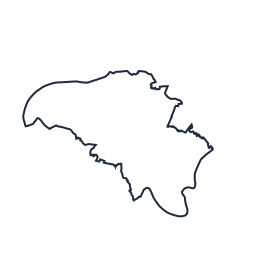 Kien Xuong, Thái Bình, Vietnam, rotated 125°
{"feature_id": "81297802B82663613485319", "entity_name": "Kien Xuong", "entity_type": "district", "adm_level": 2, "iso_a3": "VNM", "parent_name": "Vietnam", "parent_adm1": "Thái Bình", "projection": "mercator", "projection_center": [106.429, 20.397], "detail": "fine", "context": "isolated", "style": "outline", "palette": "slate", "viewbox_px": 256, "rotation_deg": 125, "n_neighbors": 0, "source": "geoboundaries", "source_scale": "gbopen_adm2", "svg_char_len": 5723}
<svg xmlns="http://www.w3.org/2000/svg" viewBox="0 0 256 256"><g transform="rotate(125 128 128)"><path d="M97.3,46.3L97.0,47.1L96.2,46.9L95.8,48.0L95.3,49.8L95.9,50.0L97.8,50.0L97.8,50.6L95.1,53.7L94.6,53.6L92.6,60.3L92.8,60.4L93.7,60.7L93.8,60.8L93.7,61.0L93.2,61.4L93.1,61.5L94.1,61.9L93.7,63.4L93.7,63.6L94.1,64.0L94.1,64.5L93.9,64.9L93.8,65.2L93.6,65.3L93.0,65.3L92.9,66.9L93.7,66.9L94.5,66.6L95.1,67.2L95.0,67.4L94.7,67.7L93.4,68.8L93.2,69.1L93.2,69.4L93.3,69.6L94.5,70.1L94.8,70.5L94.7,70.8L94.0,71.4L93.6,71.8L93.5,72.2L93.5,72.6L93.7,73.0L94.2,73.3L94.8,73.7L95.3,74.4L95.4,74.6L95.4,75.6L95.1,76.0L94.8,76.4L94.2,76.7L93.7,76.9L93.3,76.9L93.0,76.8L91.5,75.9L91.1,75.8L90.6,75.8L89.8,76.7L89.0,77.4L88.7,77.9L91.9,78.2L94.5,78.3L98.8,78.3L99.7,83.2L100.7,83.3L101.2,83.9L101.8,84.8L101.9,85.2L101.8,85.8L101.0,85.7L101.1,86.8L101.1,87.2L100.9,88.3L100.6,89.2L100.8,89.4L100.9,89.7L100.8,92.0L101.2,91.8L101.4,92.4L101.7,92.4L101.8,92.5L102.5,94.4L103.0,95.6L104.0,95.7L104.2,96.1L104.3,96.4L103.5,96.7L93.6,98.6L93.7,98.9L93.2,99.0L92.3,99.3L86.1,100.7L84.9,101.2L84.5,101.4L83.4,101.5L82.5,101.6L81.3,99.4L79.2,100.4L77.3,97.8L76.4,98.3L76.3,98.9L75.8,99.8L75.6,100.3L75.7,101.7L76.3,103.4L76.6,105.2L76.8,105.9L77.2,106.5L78.9,108.6L79.2,109.2L79.7,110.3L79.8,110.9L79.8,112.1L79.7,113.3L79.4,114.9L78.8,116.8L78.5,117.3L77.8,118.0L76.2,118.2L75.6,118.4L72.6,119.0L71.9,119.3L71.0,119.5L71.4,120.1L73.9,123.3L75.9,125.5L78.1,124.5L80.2,127.4L79.5,128.8L81.1,129.5L80.9,130.4L81.8,130.9L81.9,131.6L81.6,131.7L81.7,132.2L81.6,132.4L81.4,132.5L79.8,132.9L79.7,134.1L77.9,134.3L74.5,131.7L74.0,132.7L73.3,134.0L73.2,135.1L72.6,135.9L71.0,139.1L70.7,139.8L71.1,140.3L71.4,140.6L71.8,142.3L71.9,142.8L72.0,144.3L71.9,145.0L71.9,145.4L72.2,146.4L72.9,147.9L74.2,150.2L74.9,151.4L75.4,152.0L75.7,152.0L76.9,151.3L77.4,151.9L77.9,151.7L79.4,152.2L79.6,152.3L79.8,152.5L80.2,153.9L80.5,154.5L80.8,154.7L81.4,154.9L82.0,154.9L82.4,156.8L82.3,158.5L81.8,160.6L81.9,161.2L82.0,161.7L82.2,162.0L83.3,163.3L84.2,164.3L86.1,166.4L88.6,169.7L89.0,170.0L89.7,170.6L90.0,170.7L91.2,170.9L91.6,171.2L91.8,171.7L92.0,173.8L92.6,175.0L94.1,175.0L96.6,175.3L99.0,176.1L99.8,176.6L102.4,178.4L103.9,179.6L106.7,181.5L108.6,183.1L109.5,183.7L111.7,185.4L112.6,185.9L113.7,186.9L114.5,187.8L115.9,190.0L117.6,193.1L119.2,196.6L121.3,199.4L125.6,204.8L128.3,208.1L130.1,210.6L132.4,213.4L135.6,216.2L140.0,219.4L141.2,220.1L143.4,221.3L144.9,221.9L148.6,223.2L150.9,224.1L153.3,224.6L157.4,225.2L159.6,225.4L163.2,225.4L166.1,224.9L167.6,224.5L170.3,223.8L172.3,223.2L177.4,221.1L178.3,220.6L179.0,220.1L180.2,219.1L182.3,216.6L185.3,212.8L184.3,211.8L181.4,209.7L179.1,208.2L178.0,208.0L176.9,208.3L176.5,208.3L175.7,208.0L174.5,207.8L172.5,208.0L171.9,207.8L171.6,207.4L171.5,207.1L171.4,206.3L171.4,205.5L171.5,204.4L171.9,202.9L172.8,200.5L173.5,197.6L173.6,196.9L173.7,194.9L173.7,191.6L173.1,191.6L167.2,188.4L166.7,186.0L166.3,185.2L165.1,182.7L165.1,182.4L164.5,180.9L163.7,178.3L162.6,175.5L162.4,174.5L162.5,173.2L162.8,172.2L163.5,170.3L163.7,169.7L163.6,169.2L163.4,168.2L163.5,167.3L163.6,167.1L163.9,166.7L165.5,165.1L166.5,164.2L166.2,163.8L166.0,163.7L165.0,163.4L164.5,163.4L164.4,161.9L164.5,161.6L164.1,161.4L164.2,161.1L164.6,159.9L165.5,159.8L165.3,159.1L165.4,158.3L165.7,157.3L165.9,156.9L166.1,156.6L166.3,155.7L166.5,154.8L166.5,154.2L166.4,153.5L166.0,152.9L165.8,152.7L163.9,151.2L163.1,150.0L162.4,148.5L161.2,146.5L160.4,144.7L162.1,145.0L162.7,144.9L163.3,144.7L163.8,144.7L164.4,144.8L165.8,145.6L166.1,145.7L167.0,145.7L167.7,145.6L168.5,145.4L170.8,144.0L171.8,143.1L169.9,141.4L171.0,140.1L170.3,139.6L169.7,140.3L168.9,139.7L168.2,139.0L168.5,137.2L168.7,136.8L168.9,136.5L169.5,136.2L169.8,136.0L172.5,135.5L172.9,135.5L173.2,135.5L173.0,134.7L171.9,132.2L169.7,132.8L168.9,129.9L168.5,128.4L170.3,127.7L168.8,124.6L168.4,123.3L167.5,122.1L167.4,121.0L166.9,120.5L166.4,119.2L166.3,118.8L166.4,118.4L166.7,117.7L165.9,117.0L166.6,116.4L166.9,116.0L166.6,116.1L165.6,116.0L163.0,115.2L162.9,114.7L161.9,114.1L161.7,113.9L161.3,113.2L161.3,112.8L161.6,112.5L162.7,112.0L163.0,111.8L163.9,110.8L164.4,110.4L165.7,109.7L166.7,109.3L167.0,109.1L167.8,108.2L168.7,106.6L169.1,106.1L170.7,104.5L171.4,103.3L171.5,102.8L171.2,102.3L170.5,101.3L170.3,100.8L170.3,100.1L170.4,99.8L170.6,99.6L170.9,99.4L171.3,99.2L171.5,99.0L171.6,98.4L171.5,98.0L171.3,97.8L171.4,97.7L171.7,97.6L172.1,97.8L172.3,97.7L172.6,95.9L173.1,94.1L173.3,94.1L173.6,93.8L174.1,93.4L174.6,93.0L175.4,92.1L176.9,90.1L178.2,91.0L178.8,90.6L179.0,90.2L179.0,89.2L179.0,88.7L180.8,86.6L181.0,86.1L181.0,85.2L181.4,84.7L182.3,83.8L182.8,83.4L183.3,83.1L184.1,81.8L182.2,81.0L180.0,79.9L179.3,79.7L178.3,79.6L177.8,78.9L177.3,79.0L176.5,78.2L175.3,78.6L174.6,78.8L172.7,79.0L170.3,79.5L169.7,79.6L168.7,79.4L167.6,79.0L166.7,78.6L166.0,77.9L165.6,76.9L165.6,76.5L165.6,75.7L165.7,75.0L166.1,74.2L167.8,71.2L169.9,68.0L172.0,63.5L173.2,59.9L173.5,58.8L173.8,58.0L174.2,55.9L174.5,53.3L174.7,50.8L174.7,47.5L174.5,46.3L174.0,43.9L172.6,39.3L171.5,36.6L170.8,35.1L170.0,34.0L169.1,32.9L167.8,31.7L166.6,30.9L165.7,30.7L165.3,30.6L164.6,30.6L163.3,30.9L161.7,31.8L160.7,32.5L159.8,33.7L158.8,35.1L157.6,36.4L157.2,37.0L156.1,38.2L153.6,40.5L152.9,41.0L152.2,41.7L151.7,42.8L151.0,45.0L150.7,45.6L150.3,46.2L149.7,46.9L149.4,47.1L149.0,47.2L147.4,47.2L145.5,47.0L144.6,46.7L143.5,46.0L142.3,44.8L141.8,44.3L141.5,43.9L141.4,43.5L140.5,40.9L140.3,40.5L139.6,39.7L139.3,39.5L138.9,39.4L138.5,39.4L137.3,39.8L135.3,40.6L134.6,41.2L132.4,43.3L130.5,44.8L129.1,45.8L127.1,47.0L125.7,47.5L122.9,48.2L115.4,49.7L112.5,50.2L111.5,50.2L110.5,50.0L107.6,49.4L105.8,48.9L104.5,48.7L102.1,47.8L97.3,46.3Z" fill="none" stroke="#1e293b" stroke-width="2"/></g></svg>